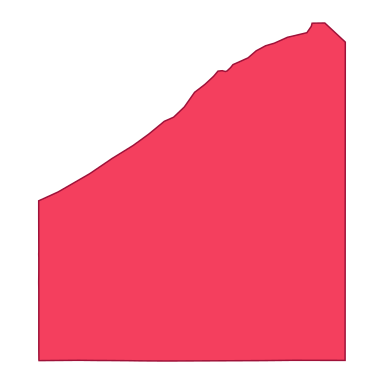 the district of Chautauqua, New York, United States of America
{"feature_id": "52423323B8840369760606", "entity_name": "Chautauqua", "entity_type": "district", "adm_level": 2, "iso_a3": "USA", "parent_name": "United States of America", "parent_adm1": "New York", "projection": "mercator", "projection_center": [-79.482, 42.284], "detail": "fine", "context": "isolated", "style": "filled", "palette": "rose", "viewbox_px": 384, "rotation_deg": 0, "n_neighbors": 0, "source": "geoboundaries", "source_scale": "gbopen_adm2", "svg_char_len": 707}
<svg xmlns="http://www.w3.org/2000/svg" viewBox="0 0 384 384"><path d="M38.7,200.8L38.7,211.7L38.7,216.6L38.8,251.7L38.7,254.0L38.8,257.8L38.8,264.1L38.8,271.1L38.7,282.6L38.8,289.9L38.8,348.7L38.9,359.9L39.0,360.6L78.9,360.3L98.5,360.5L104.8,360.5L130.8,360.7L136.5,360.8L148.5,360.9L165.3,361.0L262.7,360.6L293.8,360.3L345.1,360.4L345.3,42.1L324.8,23.0L312.1,23.2L311.3,26.3L306.9,32.7L287.4,37.3L274.3,43.2L265.7,45.7L256.2,50.8L248.0,57.9L233.0,64.6L230.6,67.6L227.0,71.0L225.4,71.5L222.2,70.7L218.0,71.1L213.6,76.3L204.9,84.4L194.6,92.3L184.3,107.0L173.6,117.2L164.3,121.3L148.5,134.3L133.1,145.5L112.2,158.4L89.7,173.7L58.0,192.0L38.7,200.8Z" fill="#f43f5e" stroke="#9f1239" stroke-width="1.5"/></svg>